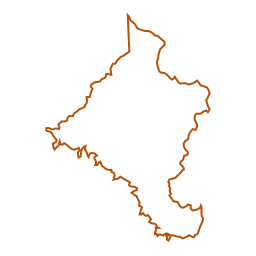 the district of Jacarezinho, Paraná, Brazil
{"feature_id": "56859067B90346200090543", "entity_name": "Jacarezinho", "entity_type": "district", "adm_level": 2, "iso_a3": "BRA", "parent_name": "Brazil", "parent_adm1": "Paraná", "projection": "natural_earth1", "projection_center": [-49.952, -23.147], "detail": "fine", "context": "isolated", "style": "outline", "palette": "amber", "viewbox_px": 256, "rotation_deg": 0, "n_neighbors": 0, "source": "geoboundaries", "source_scale": "gbopen_adm2", "svg_char_len": 3806}
<svg xmlns="http://www.w3.org/2000/svg" viewBox="0 0 256 256"><path d="M197.2,80.6L195.3,81.9L193.8,82.9L192.0,83.5L188.5,84.5L186.0,83.4L183.8,83.2L180.4,83.5L178.5,82.4L177.3,80.7L174.8,76.8L173.5,78.6L171.8,79.6L169.9,78.0L167.3,74.9L164.6,73.1L160.7,72.5L159.0,70.9L158.3,68.1L157.4,64.9L156.8,62.3L158.2,57.9L158.5,54.5L159.6,50.9L160.5,48.7L162.5,47.0L164.3,45.0L164.6,41.8L162.1,39.9L160.3,38.2L157.6,35.8L155.1,35.6L151.6,32.4L149.0,31.1L146.8,31.0L144.9,31.0L139.5,29.3L138.0,28.6L136.7,27.3L135.7,25.4L134.7,23.9L133.6,22.8L131.9,21.6L130.1,19.8L129.3,17.1L127.8,15.4L128.9,42.3L129.4,51.5L122.5,56.3L120.8,56.7L119.0,58.9L116.8,60.6L116.3,62.3L114.9,63.8L112.8,63.8L110.5,68.8L110.8,71.4L111.3,74.9L108.1,74.1L106.3,73.9L105.6,77.0L104.4,78.1L101.6,79.2L100.2,81.4L96.1,82.2L94.7,82.2L92.9,83.7L91.4,84.3L90.9,86.5L92.6,88.9L91.1,91.9L90.2,95.0L89.7,97.0L88.2,97.2L86.6,97.0L87.0,101.2L86.7,103.0L85.3,104.9L84.5,107.1L81.9,108.2L79.1,109.4L77.4,111.3L76.0,112.0L73.8,113.8L72.8,116.2L71.0,116.1L69.3,116.0L67.8,117.3L67.1,120.5L64.0,121.6L61.9,121.3L60.3,122.6L58.3,124.4L59.4,127.1L59.0,129.0L56.9,128.5L54.6,128.6L53.3,129.3L50.8,129.1L48.8,127.9L46.4,128.1L46.3,130.5L48.3,131.4L50.7,131.8L52.1,133.6L53.2,135.6L54.8,137.8L56.8,140.3L55.9,142.3L54.5,142.7L52.8,143.6L53.5,147.4L54.5,149.5L57.3,146.6L58.7,145.5L59.7,141.2L60.8,144.4L62.5,144.7L64.1,143.1L65.6,144.0L67.4,145.5L70.7,148.3L72.2,149.2L74.0,149.7L76.9,148.8L78.8,147.9L79.6,150.3L78.0,152.2L77.8,154.3L78.6,157.5L80.6,156.6L80.9,154.0L81.2,151.8L81.9,149.1L83.6,147.2L85.5,146.1L84.8,149.0L86.7,152.4L87.5,155.3L88.6,157.0L89.0,155.2L90.3,153.2L92.1,153.0L95.0,153.6L96.9,155.5L94.6,157.0L94.4,158.7L95.6,160.6L96.2,162.4L95.2,165.1L97.1,165.2L99.0,162.4L100.3,161.7L101.9,165.7L104.0,167.4L105.3,168.5L107.2,169.6L108.8,169.9L111.3,169.8L111.5,172.0L113.8,172.7L114.7,175.6L114.0,178.1L113.5,179.7L116.4,178.9L118.0,178.7L120.3,176.7L122.8,178.2L125.4,179.7L127.7,181.1L129.9,182.4L128.9,185.2L130.2,186.3L134.5,186.8L137.0,188.2L136.7,190.2L134.0,191.0L131.5,192.7L133.0,193.6L134.7,195.4L136.8,196.1L137.4,198.2L138.5,200.3L139.6,202.5L139.1,205.7L140.7,206.2L142.1,207.5L140.9,209.8L140.6,211.5L139.7,214.5L141.2,214.6L143.0,213.2L144.2,214.7L145.9,215.8L148.3,215.3L149.3,216.8L151.0,219.2L149.1,221.8L151.2,223.2L153.4,223.5L155.7,224.3L157.0,226.6L158.7,227.9L155.8,227.8L156.2,230.0L155.1,231.8L155.0,234.0L156.6,233.7L157.5,236.0L159.1,234.6L161.0,234.6L163.2,235.6L164.2,234.5L166.2,233.4L167.6,233.6L169.6,234.9L168.1,235.5L166.1,235.5L167.1,237.5L166.8,239.4L168.4,240.6L169.3,239.1L170.4,236.9L171.2,235.5L173.3,235.3L177.8,236.7L180.0,236.8L182.5,238.4L184.1,238.1L185.8,236.9L187.3,236.6L189.0,235.2L192.6,237.0L194.0,237.1L195.0,235.2L197.3,234.2L198.1,232.8L198.7,230.7L200.1,226.9L201.5,223.6L202.6,221.4L203.0,218.2L201.9,216.2L201.5,214.3L201.5,211.8L201.5,207.5L200.8,205.7L200.1,207.8L197.8,209.2L195.4,210.1L192.7,210.4L190.7,208.5L190.8,205.4L188.0,204.5L186.2,206.2L183.3,207.6L181.3,207.5L180.0,206.2L179.1,204.9L177.7,202.0L175.5,201.7L172.8,200.8L172.2,199.3L169.4,195.3L171.0,193.7L170.1,192.3L169.6,190.5L170.4,189.0L169.0,186.1L169.5,184.0L168.3,181.9L169.4,179.5L175.2,178.0L181.3,171.9L182.5,170.1L183.9,169.4L183.5,167.5L182.1,165.9L180.1,164.1L180.7,161.7L183.2,159.5L184.1,155.7L185.8,155.5L187.7,154.5L187.7,151.9L185.6,149.8L184.5,147.9L183.9,146.2L183.6,143.5L185.6,140.8L188.2,139.2L188.7,134.8L190.9,131.2L192.7,129.2L194.1,129.4L195.6,129.9L196.9,127.1L197.1,125.2L196.3,122.6L194.8,120.1L194.6,116.8L195.6,114.2L197.3,113.6L198.9,113.9L200.9,113.4L203.6,111.5L206.5,110.7L207.9,112.2L209.7,108.9L207.9,106.2L206.2,100.2L207.5,98.1L208.8,95.0L209.6,93.5L208.4,89.6L206.9,87.5L205.1,86.9L203.0,86.0L201.3,85.7L199.9,84.2L197.2,80.6Z" fill="none" stroke="#b45309" stroke-width="2"/></svg>